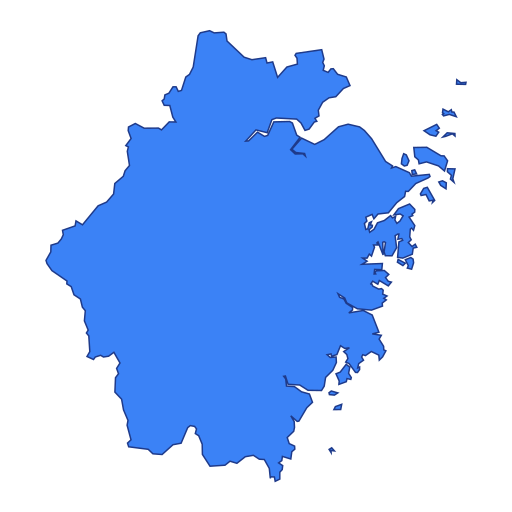 Zhejiang, Natural Earth projection
{"feature_id": "CHN-1820", "entity_name": "Zhejiang", "entity_type": "Province", "adm_level": 1, "iso_a3": "CHN", "parent_name": "China", "parent_adm1": "", "projection": "natural_earth1", "projection_center": [120.785, 29.18], "detail": "fine", "context": "isolated", "style": "filled", "palette": "blue", "viewbox_px": 512, "rotation_deg": 0, "n_neighbors": 0, "source": "natural_earth", "source_scale": "10m", "svg_char_len": 6059}
<svg xmlns="http://www.w3.org/2000/svg" viewBox="0 0 512 512"><path d="M350.0,85.6L343.4,88.5L335.8,96.7L329.0,97.8L322.6,102.3L318.3,110.2L319.0,115.9L314.9,118.3L316.8,121.3L314.3,122.0L309.1,129.1L305.0,130.4L301.0,123.0L296.7,119.1L276.4,118.0L271.9,119.6L267.2,132.7L256.0,129.9L245.7,141.1L248.6,140.9L257.5,132.2L264.5,136.4L267.7,135.4L273.8,121.9L289.6,121.5L292.4,123.0L296.7,135.1L300.1,137.3L290.6,149.7L295.2,154.0L302.9,153.8L305.4,156.1L304.6,153.5L295.8,152.5L291.9,149.2L301.6,138.1L314.7,144.4L324.1,139.7L338.5,126.8L348.1,124.2L359.6,126.9L364.4,130.5L371.6,138.7L385.6,161.5L392.5,165.9L391.5,168.0L395.8,166.6L409.4,172.7L411.4,176.2L429.3,174.4L430.0,176.5L428.0,178.0L415.8,183.5L408.3,191.4L405.6,191.3L404.6,196.5L396.7,202.7L388.4,212.8L378.0,214.0L373.9,218.8L372.1,214.4L365.8,217.2L366.9,221.1L364.4,223.5L365.8,229.5L367.8,228.8L369.2,222.8L371.5,221.7L370.3,224.9L372.4,225.3L372.2,227.0L369.0,229.8L369.7,232.3L374.0,229.3L377.5,222.8L384.3,220.5L390.6,215.6L392.5,217.9L395.6,216.4L394.9,220.0L396.9,223.4L400.0,221.0L403.1,215.8L400.2,214.0L393.8,214.9L398.5,208.6L409.6,204.0L414.8,209.4L414.7,212.1L412.0,214.1L412.8,215.6L409.1,217.1L414.8,225.6L413.5,230.3L411.6,228.1L410.3,229.1L409.7,236.9L411.2,239.8L408.3,242.6L412.0,246.5L415.2,244.2L416.8,247.3L413.2,248.1L412.3,254.2L402.8,258.1L397.6,257.3L398.9,241.9L402.7,240.3L401.8,238.6L397.9,239.2L398.9,234.1L397.7,234.1L395.1,235.7L396.6,247.7L392.0,255.8L385.3,255.7L384.1,251.8L385.5,242.5L384.1,241.7L382.7,242.3L383.1,255.0L378.0,241.9L376.9,242.9L378.0,245.0L373.5,245.0L374.5,247.2L371.5,256.1L369.3,254.1L367.1,258.1L362.6,258.1L367.1,261.2L362.0,264.3L382.4,263.5L381.8,269.7L374.6,269.4L374.1,274.0L375.7,273.9L374.8,272.1L376.5,270.8L384.3,270.5L388.8,274.4L385.5,277.6L388.3,281.3L391.4,282.1L388.3,285.9L379.3,280.5L377.8,284.2L372.7,281.2L370.4,284.4L371.6,283.6L372.8,286.1L378.7,289.1L381.5,288.6L383.2,290.2L382.7,294.1L387.0,296.0L383.8,298.3L386.3,299.9L382.2,303.1L382.5,306.1L371.5,310.1L357.4,308.8L346.8,302.9L344.7,298.0L338.0,293.7L339.6,297.3L343.9,299.0L346.2,303.3L352.6,307.5L352.5,310.0L348.8,312.9L363.2,310.5L372.2,315.0L378.9,332.2L372.3,333.9L381.3,335.3L379.1,339.1L383.6,346.3L383.8,349.9L385.9,350.8L382.6,356.9L379.3,360.1L378.8,355.1L371.3,351.5L365.4,355.6L362.8,354.7L361.6,357.0L363.5,360.2L358.7,363.6L357.7,367.9L359.6,367.0L359.6,369.6L357.5,372.5L355.5,372.4L349.1,363.6L345.7,362.1L347.9,358.6L346.8,354.5L343.7,351.6L349.4,347.8L344.7,348.4L340.5,345.7L336.9,354.6L331.5,356.2L331.0,353.9L327.1,354.7L330.2,357.5L336.1,357.0L336.4,362.5L332.8,370.3L325.6,377.4L324.2,386.2L321.5,390.5L308.0,390.3L299.7,385.0L288.1,384.3L285.4,376.0L283.7,376.3L285.7,378.9L286.5,386.1L294.4,386.6L301.5,391.8L309.4,394.0L312.5,402.3L306.8,407.7L298.9,421.1L297.2,421.4L290.8,415.8L294.2,421.6L294.5,427.4L293.7,431.3L287.2,437.5L289.2,443.6L294.6,446.1L294.8,449.2L291.8,451.7L290.8,459.0L282.4,456.4L281.8,460.6L278.6,462.9L282.7,465.6L282.2,469.6L279.8,472.2L279.8,479.1L275.2,481.3L274.4,477.0L270.8,476.8L270.3,478.3L269.3,468.4L264.3,459.5L259.3,459.2L253.4,455.3L245.3,456.7L236.9,463.3L230.0,461.2L225.0,465.2L210.0,466.2L202.4,454.4L202.2,444.2L198.7,435.7L195.3,433.6L196.5,428.9L194.6,426.4L190.3,425.6L187.7,427.6L181.1,443.2L173.0,444.7L162.1,454.5L152.9,453.8L148.2,449.3L128.7,446.8L127.5,443.1L131.0,439.8L127.1,425.2L128.0,420.4L123.5,409.8L121.6,399.2L114.9,392.1L115.5,377.7L118.5,373.7L116.6,368.4L120.0,363.0L113.9,352.3L108.6,356.2L103.5,357.0L100.6,355.3L95.3,357.0L93.5,359.5L87.0,356.5L89.8,351.6L88.8,335.9L86.4,333.0L88.2,330.1L84.4,320.9L85.3,310.7L82.4,307.2L80.4,299.0L74.0,294.8L71.2,286.6L66.8,283.9L67.0,281.0L51.9,270.6L47.0,263.6L46.0,260.4L50.8,251.9L51.0,245.2L57.9,243.1L61.3,239.0L63.3,234.7L62.5,230.3L75.1,225.9L76.0,220.9L82.5,224.8L98.1,205.8L106.6,202.1L113.6,194.0L114.8,183.5L123.3,176.3L125.1,170.7L129.5,165.5L127.3,151.3L128.4,146.9L125.8,145.6L131.1,138.5L128.2,130.6L128.5,127.0L135.3,123.5L144.2,128.2L158.5,128.1L161.5,129.9L169.2,121.9L175.9,122.0L172.8,117.1L169.8,105.5L164.2,105.3L162.1,100.8L164.2,99.0L164.9,94.9L168.9,93.2L173.0,86.8L176.1,86.8L178.3,91.4L181.5,90.4L185.8,77.0L189.5,74.4L193.2,67.1L198.1,35.8L200.3,32.8L209.6,30.7L214.2,32.9L223.9,32.2L226.0,33.9L227.0,41.0L244.1,57.2L251.9,59.7L265.6,57.7L267.0,63.0L272.7,61.9L277.6,77.4L286.9,67.0L297.4,64.1L297.0,58.2L295.0,55.3L296.2,53.4L321.7,49.7L324.0,59.1L322.7,62.4L324.3,65.8L323.2,70.3L328.1,72.4L330.9,68.9L333.3,68.7L337.6,74.3L346.3,77.0L350.0,85.6ZM447.6,160.8L444.5,171.0L438.5,165.9L426.5,161.9L419.1,163.8L418.4,159.9L414.8,156.8L413.8,147.5L426.8,147.3L441.0,155.8L444.1,155.9L447.6,160.8ZM348.6,373.3L351.3,377.6L350.8,379.4L347.0,378.6L346.3,381.7L338.9,384.4L339.2,381.0L336.0,373.8L340.2,372.1L346.2,364.3L349.8,367.2L348.6,373.3ZM439.3,128.2L436.1,130.7L438.7,132.2L435.9,136.2L430.0,134.8L424.0,130.7L436.7,124.4L439.3,128.2ZM427.3,187.3L434.7,200.4L432.5,202.5L433.1,200.2L429.2,200.9L426.0,194.5L421.1,195.5L420.4,193.9L423.7,188.4L427.3,187.3ZM413.6,262.8L411.6,269.2L407.3,268.1L408.3,265.7L405.3,259.7L410.8,257.5L413.1,259.1L413.6,262.8ZM406.3,154.9L409.0,160.8L407.1,165.3L404.3,166.0L401.4,163.8L402.0,158.5L403.7,153.7L406.3,154.9ZM455.0,168.9L452.8,178.8L454.0,182.3L450.4,179.1L451.4,175.3L447.4,171.7L447.5,168.7L455.0,168.9ZM454.0,112.1L456.3,116.7L449.3,114.4L443.6,115.9L442.4,114.4L443.7,113.7L442.5,112.6L443.0,109.1L448.3,111.8L451.3,109.7L451.8,112.0L454.0,112.1ZM446.3,182.8L446.0,188.8L440.7,185.4L438.8,182.0L442.5,180.8L446.3,182.8ZM452.4,133.8L445.5,136.4L442.9,137.0L447.2,132.8L454.9,133.5L455.0,136.0L452.4,133.8ZM398.1,259.4L405.3,263.2L402.9,265.6L397.4,262.2L398.1,259.4ZM329.4,394.6L329.0,392.7L331.3,391.0L337.8,392.9L334.4,395.1L329.4,394.6ZM466.0,82.3L465.6,84.4L456.5,84.2L456.8,79.7L460.8,82.7L466.0,82.3ZM341.7,404.3L340.7,409.5L333.9,409.6L335.4,406.6L341.7,404.3ZM414.7,169.8L416.6,173.9L412.3,174.4L411.8,170.6L414.7,169.8ZM331.7,447.8L334.4,450.9L331.0,450.5L331.1,452.6L329.1,449.4L331.7,447.8Z" fill="#3b82f6" stroke="#1e3a8a" stroke-width="1.5"/></svg>